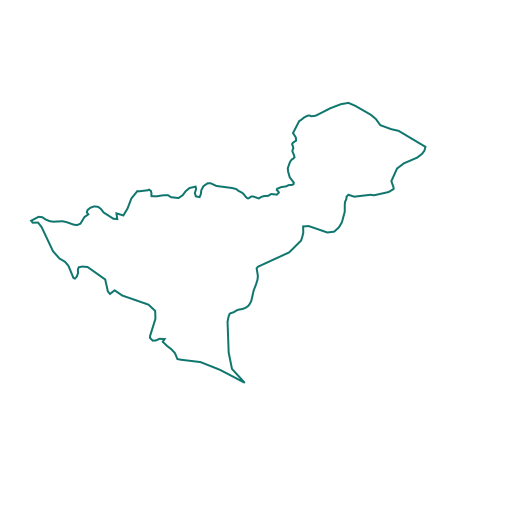 SVG path tracing the border of Cortés, rotated 249°
{"feature_id": "HND-647", "entity_name": "Cortés", "entity_type": "Department", "adm_level": 1, "iso_a3": "HND", "parent_name": "Honduras", "parent_adm1": "", "projection": "robinson", "projection_center": [-87.947, 15.362], "detail": "fine", "context": "isolated", "style": "outline", "palette": "teal", "viewbox_px": 512, "rotation_deg": 249, "n_neighbors": 0, "source": "natural_earth", "source_scale": "10m", "svg_char_len": 2674}
<svg xmlns="http://www.w3.org/2000/svg" viewBox="0 0 512 512"><g transform="rotate(249 256 256)"><path d="M211.2,140.9L213.3,136.2L213.0,132.3L214.0,129.2L217.6,127.7L219.4,128.5L233.4,139.6L240.9,142.2L249.1,138.2L267.0,117.0L274.6,111.7L272.9,106.1L276.0,105.0L288.1,106.8L306.1,94.8L308.4,90.0L309.0,86.5L307.3,84.9L303.9,83.8L301.0,81.3L299.8,78.8L300.9,77.7L313.9,77.4L319.1,75.6L324.1,71.6L333.2,68.2L359.8,66.2L365.3,64.5L367.1,59.5L369.5,58.7L370.5,67.0L368.8,70.4L365.8,72.4L362.4,75.9L360.6,79.2L357.8,87.8L355.5,91.3L350.7,96.9L349.0,100.0L349.1,103.7L353.8,109.7L355.0,114.4L357.5,113.7L359.4,115.4L360.4,118.7L360.3,122.7L358.5,126.2L355.7,128.0L351.3,129.3L341.9,136.2L340.2,139.7L345.8,141.0L341.4,146.7L346.4,153.1L354.4,160.3L359.1,168.5L358.4,169.6L356.1,178.7L356.3,179.9L354.3,181.2L352.1,180.9L350.3,180.1L349.3,179.9L347.3,184.7L346.1,190.5L344.4,195.5L341.3,197.8L337.9,204.4L339.0,209.3L341.7,213.6L343.3,218.3L342.4,224.5L339.9,224.0L336.6,221.4L333.2,221.3L331.2,224.4L333.3,226.5L337.1,228.6L340.1,232.1L341.2,236.9L340.1,239.8L335.6,244.1L328.0,258.1L325.9,261.1L324.7,262.1L323.2,262.9L320.4,265.4L318.6,266.5L314.5,267.8L313.0,268.6L312.5,269.7L312.7,270.8L313.1,272.0L313.2,273.2L312.4,274.9L308.7,279.3L309.2,281.6L309.2,284.0L308.7,286.4L307.8,288.7L308.4,292.4L305.8,297.5L307.1,300.1L308.3,300.0L310.1,299.0L310.9,299.5L311.2,300.0L311.3,304.2L310.2,309.2L310.5,311.7L309.5,315.1L309.5,316.6L310.9,317.6L317.3,315.7L323.2,316.2L326.5,317.1L331.1,321.0L332.5,322.6L333.3,324.2L333.5,325.6L334.3,327.3L336.1,327.6L340.7,327.5L342.0,328.2L343.0,329.3L344.1,329.7L347.6,329.8L348.6,331.3L349.3,334.7L351.1,335.4L352.6,335.6L357.5,334.6L366.5,344.7L366.9,347.0L368.1,350.6L368.4,353.4L368.4,355.2L367.9,356.5L366.8,357.4L366.0,360.0L365.6,362.3L367.3,378.1L367.3,389.7L365.8,397.2L360.7,402.4L346.7,413.8L340.9,417.0L334.0,418.8L332.9,419.7L326.1,427.5L321.7,434.0L297.2,453.3L293.9,450.9L291.8,447.5L290.1,441.7L289.5,427.2L287.1,419.0L277.4,409.2L270.6,409.0L269.2,408.4L268.2,402.7L270.4,387.9L272.1,384.9L276.2,368.9L280.1,364.2L278.8,361.7L276.8,360.8L274.6,358.5L272.4,357.4L265.5,354.7L256.7,348.3L253.0,343.6L250.7,337.7L252.4,331.0L265.0,316.0L266.7,310.6L260.6,308.4L256.5,305.5L254.2,303.5L247.5,288.3L245.3,254.0L244.3,252.2L236.7,250.6L233.5,249.0L229.4,245.8L224.7,241.5L215.6,235.4L213.6,233.1L212.2,230.9L211.6,228.8L211.3,226.8L211.4,224.3L212.2,220.1L212.1,218.2L211.5,215.0L211.7,212.0L211.4,210.6L209.3,208.7L204.9,205.9L175.7,195.9L159.2,193.1L141.7,200.0L162.6,181.6L176.9,166.1L186.3,148.3L188.0,145.7L194.5,145.5L199.4,143.5L204.0,140.7L209.3,138.2L211.2,140.9Z" fill="none" stroke="#0f766e" stroke-width="2"/></g></svg>